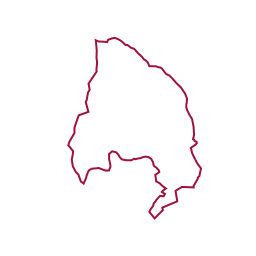 Riyom, Plateau, Nigeria, rotated 154°
{"feature_id": "59680162B48237076936000", "entity_name": "Riyom", "entity_type": "district", "adm_level": 2, "iso_a3": "NGA", "parent_name": "Nigeria", "parent_adm1": "Plateau", "projection": "robinson", "projection_center": [8.695, 9.582], "detail": "fine", "context": "isolated", "style": "outline", "palette": "rose", "viewbox_px": 256, "rotation_deg": 154, "n_neighbors": 0, "source": "geoboundaries", "source_scale": "gbopen_adm2", "svg_char_len": 2107}
<svg xmlns="http://www.w3.org/2000/svg" viewBox="0 0 256 256"><g transform="rotate(154 128 128)"><path d="M71.4,166.5L72.4,168.2L74.1,169.3L75.7,171.1L78.7,172.7L81.2,173.9L81.7,174.2L81.5,177.1L81.6,178.8L82.7,181.6L83.7,182.9L83.9,184.1L84.0,184.8L84.2,185.9L84.5,186.6L86.0,190.3L87.8,196.6L88.7,197.4L90.3,199.1L91.6,201.9L92.0,202.7L93.7,203.5L95.4,207.9L95.6,208.4L96.3,209.7L98.0,212.3L100.3,214.7L100.5,214.9L103.0,215.5L103.6,215.6L106.3,215.9L107.2,216.0L109.1,214.4L113.2,216.9L114.8,217.7L116.4,218.6L118.1,220.3L118.5,220.9L122.1,211.4L125.6,204.8L126.9,200.7L130.9,194.1L131.4,192.5L144.0,185.2L145.7,179.1L148.3,177.5L153.0,171.1L154.6,169.9L156.5,159.9L166.7,161.0L173.8,154.0L176.1,151.5L178.3,147.0L184.8,142.6L186.5,141.5L189.2,138.7L187.5,131.3L188.9,128.9L192.4,124.2L194.3,118.1L194.4,117.8L194.2,111.3L193.1,108.3L193.0,107.9L193.8,100.6L192.2,97.5L189.9,99.5L187.6,101.4L186.1,103.3L183.1,106.1L181.5,107.1L178.4,107.3L174.3,105.7L171.9,104.9L169.5,102.3L168.6,101.4L167.0,99.7L163.8,98.1L160.7,100.9L160.0,102.8L159.3,105.5L158.6,108.3L156.4,112.9L152.5,114.0L149.3,111.4L148.3,107.9L148.2,105.2L147.3,102.5L145.6,101.2L144.1,100.0L141.3,98.6L139.2,97.5L136.0,97.7L135.2,96.8L132.0,96.1L129.6,95.3L128.0,95.4L124.8,94.6L122.4,93.0L120.7,90.3L120.6,88.5L120.5,85.8L121.2,84.0L121.2,82.2L120.0,80.2L118.9,76.6L119.2,74.6L124.0,73.9L126.1,67.5L125.3,66.7L123.6,64.1L122.7,61.4L121.8,59.6L120.5,57.0L121.7,56.9L125.6,55.8L125.7,55.7L123.7,52.5L125.9,51.0L129.0,52.9L131.8,51.9L134.1,50.9L135.7,49.9L138.0,48.9L139.5,47.0L143.4,45.0L145.6,43.2L143.7,35.1L132.7,38.9L132.1,41.4L115.9,40.5L112.8,50.7L105.4,51.4L95.0,45.8L94.4,47.2L88.6,51.1L88.0,51.4L87.5,51.8L86.9,52.9L85.0,53.4L80.1,59.7L81.2,65.6L81.4,69.8L81.4,77.1L80.9,79.4L80.2,82.6L77.4,83.0L74.8,83.4L73.0,84.0L72.4,85.4L73.8,87.2L73.7,88.6L74.5,89.3L71.5,93.1L70.0,96.8L68.4,100.7L66.5,108.1L67.0,112.9L67.0,117.8L66.6,121.0L65.1,123.8L64.3,124.7L62.4,128.0L62.1,128.5L61.6,133.9L61.9,135.9L62.6,141.0L64.8,147.1L66.5,153.3L67.7,156.9L70.0,159.7L70.5,161.7L71.4,166.5Z" fill="none" stroke="#9f1239" stroke-width="2"/></g></svg>